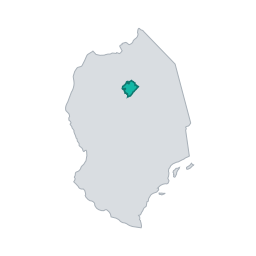 Nzega, Tabora, United Republic of Tanzania shown in context, rotated 46°
{"feature_id": "72390352B4567455644907", "entity_name": "Nzega", "entity_type": "district", "adm_level": 2, "iso_a3": "TZA", "parent_name": "United Republic of Tanzania", "parent_adm1": "Tabora", "projection": "mercator", "projection_center": [33.009, -4.4], "detail": "fine", "context": "in_parent", "style": "filled", "palette": "teal", "viewbox_px": 256, "rotation_deg": 46, "n_neighbors": 0, "source": "geoboundaries", "source_scale": "gbopen_adm2", "svg_char_len": 6252}
<svg xmlns="http://www.w3.org/2000/svg" viewBox="0 0 256 256"><g transform="rotate(46 128 128)"><path d="M99.3,172.3L97.0,171.1L94.8,170.3L93.1,169.5L92.3,168.6L90.6,168.3L89.2,168.2L87.9,167.4L85.2,167.1L84.9,166.6L84.8,165.5L84.3,165.2L83.4,164.9L82.3,164.9L81.6,165.1L81.3,165.0L80.4,164.3L79.6,163.5L79.2,162.1L78.0,161.2L76.6,160.6L72.6,160.6L72.0,160.4L71.0,159.7L69.9,158.6L69.0,157.3L68.2,155.6L67.4,153.2L62.9,143.8L62.4,142.0L61.5,140.0L60.0,137.6L58.5,135.8L56.4,134.1L54.0,132.5L52.7,131.4L50.3,127.0L49.8,124.9L49.4,122.8L49.6,121.9L51.1,119.1L51.3,118.4L51.1,117.3L50.3,115.1L49.4,112.4L47.4,107.6L47.1,106.3L47.2,105.4L48.3,100.5L48.3,99.8L52.9,99.9L56.2,97.7L59.1,94.5L59.7,93.1L60.9,91.1L62.0,90.0L62.5,89.3L63.1,87.3L64.7,85.9L66.1,84.8L65.8,84.0L66.1,83.8L66.9,83.2L68.4,82.7L68.7,81.6L68.7,80.4L68.5,79.7L68.5,78.9L68.3,78.5L67.3,78.4L65.7,77.8L64.4,77.5L63.6,77.2L63.3,76.9L63.1,76.2L63.8,74.3L63.1,73.5L64.7,70.4L65.0,70.0L65.6,69.9L66.5,69.6L67.3,69.5L68.0,69.6L68.5,69.4L69.0,69.1L69.4,68.0L69.7,66.3L69.5,64.8L68.9,63.7L68.7,62.0L69.0,59.7L68.8,57.8L68.0,56.3L67.3,55.4L66.1,55.0L64.3,52.7L63.8,51.6L63.9,50.9L64.5,50.6L65.7,50.7L66.7,50.4L67.7,49.8L68.7,49.6L69.2,49.7L114.7,49.7L167.9,79.4L168.1,79.7L168.6,82.3L168.5,83.2L167.7,84.6L167.4,85.4L167.4,85.9L167.6,86.1L168.3,86.2L168.9,86.6L169.1,86.8L169.6,88.0L170.2,88.5L190.4,103.1L190.8,103.3L190.5,104.6L189.4,107.5L189.3,108.8L188.9,110.2L188.5,111.2L187.3,115.4L186.3,116.9L185.0,120.6L184.8,123.4L185.5,125.4L185.8,127.2L187.3,129.0L188.6,129.7L189.4,130.5L190.9,132.4L191.8,134.3L194.5,135.2L195.5,137.4L195.2,138.8L193.9,140.0L192.7,142.0L191.8,144.6L191.8,148.5L192.4,147.9L193.8,148.9L194.0,151.8L192.5,155.2L192.1,156.8L192.0,158.2L193.1,162.2L194.7,164.3L194.6,164.9L194.2,165.5L196.9,169.2L196.7,172.4L197.7,174.8L198.2,177.0L198.9,178.6L199.0,179.8L198.1,181.1L200.2,181.4L201.3,182.4L201.9,183.4L203.3,183.4L204.1,184.0L205.3,184.6L207.8,186.3L208.5,187.1L208.9,187.9L202.0,193.2L199.5,194.5L197.7,195.1L195.8,195.5L194.0,196.3L192.3,197.6L190.1,198.3L187.4,198.3L184.6,199.2L180.2,201.9L177.7,200.4L175.7,199.9L173.3,200.0L171.9,200.2L171.4,200.5L171.0,201.4L170.6,202.9L169.1,204.4L166.4,205.8L164.0,206.3L161.7,206.0L160.2,205.4L159.4,204.6L158.3,204.2L156.7,204.3L155.3,204.8L153.8,205.9L151.6,206.4L148.5,206.3L146.8,205.7L146.6,204.8L145.3,203.8L142.8,202.5L140.9,202.5L139.8,203.7L138.7,204.4L137.7,204.7L136.9,204.8L135.6,204.4L132.2,204.3L129.0,204.4L128.6,202.7L128.0,201.6L127.4,201.0L126.3,200.9L125.9,200.4L125.6,199.3L125.0,198.4L124.3,197.7L123.9,197.0L123.7,196.4L123.8,195.7L124.5,193.9L124.7,192.7L124.6,191.5L124.3,190.3L123.5,188.8L123.6,188.4L123.3,187.4L123.3,186.6L123.4,185.8L123.3,184.6L122.6,182.1L122.6,181.5L121.9,180.3L119.8,177.5L119.7,177.1L116.3,174.2L115.0,173.6L114.5,174.2L114.3,174.6L114.4,175.6L114.4,176.0L114.2,176.2L113.4,176.2L112.9,176.1L111.6,175.3L110.6,175.1L108.2,175.3L107.3,175.4L106.6,175.3L105.3,174.0L103.8,173.7L102.4,173.6L100.1,172.1L99.3,172.3ZM194.8,124.9L195.9,128.1L195.8,128.6L195.0,129.0L194.6,129.0L194.1,128.5L193.8,127.5L193.2,127.7L192.2,126.5L191.1,126.4L190.3,124.9L190.6,123.6L190.4,121.4L191.5,120.3L192.1,118.3L192.8,119.6L193.0,121.7L193.9,124.1L194.8,124.9ZM200.2,106.4L200.3,107.2L200.0,107.9L200.1,110.1L200.0,111.5L199.2,113.6L198.5,114.3L197.9,114.1L197.4,113.7L197.0,113.2L197.8,109.5L197.4,106.8L198.9,107.0L200.2,106.4ZM197.9,151.3L197.2,151.5L196.8,151.3L196.4,150.7L197.2,150.2L198.0,149.2L199.9,147.7L200.8,146.5L200.6,147.7L199.6,150.2L198.7,150.4L197.9,151.3Z" fill="#d9dde1" stroke="#a8b0b8" stroke-width="1"/><path d="M94.4,96.2L94.1,96.2L94.1,96.3L94.1,96.6L93.9,96.7L93.9,96.8L93.9,97.1L94.0,97.3L94.0,97.5L94.3,97.8L94.6,98.4L94.6,98.7L94.7,99.0L94.7,99.3L94.8,99.5L94.8,99.8L94.7,99.8L94.8,100.3L94.8,100.9L94.8,101.2L94.7,101.2L94.6,101.3L94.7,101.5L94.8,101.8L94.8,102.1L94.7,102.4L94.6,102.6L94.4,102.7L94.4,102.9L94.5,103.0L94.8,103.4L94.8,103.5L95.1,103.8L95.2,104.0L95.3,104.1L95.5,104.4L95.6,104.5L95.7,104.8L95.9,104.8L96.1,104.7L96.4,104.8L96.5,104.8L96.9,104.7L97.0,104.4L96.9,104.2L96.8,103.8L96.8,103.7L97.1,103.4L97.4,103.1L97.5,103.0L97.6,103.6L97.8,103.5L97.8,103.4L97.8,103.2L97.8,102.9L97.7,102.6L97.9,102.6L98.0,102.6L98.3,102.9L98.3,103.1L98.3,103.4L98.2,103.5L98.2,103.8L98.3,103.8L98.3,104.0L98.3,104.3L98.3,104.6L98.5,104.8L98.9,104.9L99.0,104.9L99.3,104.9L99.3,105.0L99.5,105.0L99.8,105.1L100.1,105.2L100.3,105.2L100.5,105.2L100.5,105.3L100.5,105.5L100.5,105.8L100.9,106.0L101.0,106.0L101.1,105.9L101.2,105.7L101.4,105.2L101.6,105.2L101.8,105.0L102.1,104.9L102.3,104.9L102.5,104.8L102.5,105.2L102.6,105.3L102.9,105.4L103.0,105.4L103.3,105.1L103.5,105.0L104.0,105.3L104.3,105.5L104.5,105.6L104.8,105.8L104.9,106.0L105.0,106.1L105.2,106.4L105.2,106.2L105.3,106.1L105.7,106.1L105.8,105.8L105.9,105.6L105.9,105.4L106.0,105.2L106.0,104.9L106.1,104.7L106.3,104.2L106.5,104.2L106.6,103.7L106.6,103.4L106.5,103.0L106.4,102.8L106.3,102.5L106.3,101.6L106.3,101.4L106.3,101.2L106.2,100.8L106.2,100.7L106.1,100.4L105.9,100.1L105.8,99.9L105.7,99.8L105.6,99.7L105.9,98.8L105.9,98.5L105.9,98.4L105.9,98.2L105.8,97.9L105.8,97.7L105.7,96.9L105.7,96.7L105.7,96.4L105.7,96.1L105.7,95.9L105.7,95.7L105.8,95.3L105.7,94.9L105.6,94.6L105.5,94.4L105.5,94.2L105.5,93.8L105.6,93.7L105.5,93.4L105.6,93.2L105.6,92.8L105.5,92.7L105.5,92.3L105.5,92.1L105.5,91.8L105.4,91.8L105.2,91.9L104.9,91.9L104.8,92.0L104.7,92.0L104.4,92.0L104.2,92.2L104.1,92.3L103.9,92.3L103.7,92.3L103.8,92.4L103.7,92.4L103.7,92.5L103.4,92.5L103.2,92.6L102.9,92.7L102.7,92.7L102.4,92.6L102.1,92.7L101.8,92.7L101.8,92.8L101.7,92.7L101.4,92.6L101.2,92.5L101.1,92.4L101.1,92.5L101.1,92.4L100.9,92.3L100.9,92.2L100.7,91.9L100.2,91.9L99.8,92.0L99.5,92.0L99.4,92.1L99.2,92.2L98.8,92.1L98.7,92.1L98.4,92.0L98.2,92.1L98.1,92.3L97.8,92.5L97.6,92.5L97.3,92.5L97.2,92.6L96.9,92.5L96.6,92.5L96.4,92.4L96.2,92.5L96.2,92.8L96.2,93.1L96.2,93.3L96.0,93.9L96.1,94.3L96.0,94.5L95.8,94.7L95.8,95.0L95.7,95.0L95.3,95.1L95.4,95.4L95.5,95.6L95.8,95.7L95.9,95.8L96.1,96.0L96.3,96.0L96.6,96.0L96.7,96.3L96.8,96.6L96.7,96.7L96.6,96.8L96.2,96.9L95.9,97.0L95.7,97.0L95.3,97.2L95.2,97.2L95.1,97.3L95.1,97.2L95.0,97.3L94.9,97.3L94.7,97.3L94.6,96.9L94.5,96.4L94.4,96.2Z" fill="#14b8a6" stroke="#0f766e" stroke-width="1.5"/></g></svg>